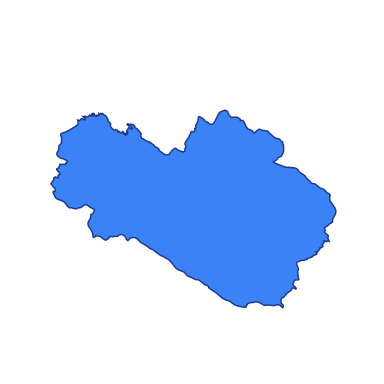 Soppeng, Sulawesi Selatan, Indonesia, rotated 304°
{"feature_id": "22746128B93867843889604", "entity_name": "Soppeng", "entity_type": "district", "adm_level": 2, "iso_a3": "IDN", "parent_name": "Indonesia", "parent_adm1": "Sulawesi Selatan", "projection": "equal_earth", "projection_center": [119.925, -4.319], "detail": "fine", "context": "isolated", "style": "filled", "palette": "blue", "viewbox_px": 384, "rotation_deg": 304, "n_neighbors": 0, "source": "geoboundaries", "source_scale": "gbopen_adm2", "svg_char_len": 6034}
<svg xmlns="http://www.w3.org/2000/svg" viewBox="0 0 384 384"><g transform="rotate(304 192 192)"><path d="M146.8,331.8L147.8,331.8L148.9,331.1L149.3,330.3L149.5,328.8L149.9,327.8L152.7,325.9L154.0,325.8L156.8,327.0L161.1,327.3L165.3,329.0L168.3,329.0L169.2,329.7L169.5,332.1L170.0,332.5L170.6,331.8L171.6,327.5L172.0,327.1L175.3,326.5L176.4,326.6L177.0,327.0L178.5,329.2L179.4,329.4L181.3,327.2L185.3,324.0L187.6,323.4L188.5,322.4L190.6,319.1L191.2,318.6L192.1,318.4L193.2,318.7L196.5,320.9L197.6,322.6L200.2,324.9L200.5,325.1L201.4,324.6L201.6,324.7L205.0,327.9L206.2,327.5L206.8,328.3L207.6,328.2L208.3,329.1L209.9,330.0L211.0,329.8L211.6,328.3L212.4,329.5L216.0,329.9L216.9,329.2L217.4,329.5L217.7,330.1L218.3,330.0L218.7,330.6L220.1,331.0L220.5,330.6L221.1,329.2L222.0,329.6L223.8,329.7L225.1,328.7L225.5,328.8L225.7,329.2L226.0,331.1L226.6,331.7L227.6,332.0L227.8,333.2L229.8,330.3L231.9,329.5L232.2,328.5L232.5,325.4L232.8,324.6L233.0,324.1L234.8,323.9L236.2,321.7L237.1,321.8L239.0,323.1L242.2,323.8L245.7,325.3L248.3,323.7L254.3,323.2L257.0,321.7L257.8,320.8L259.0,318.6L262.0,311.0L264.8,309.0L266.7,308.3L267.3,306.6L266.8,304.1L267.4,302.8L267.9,299.8L266.9,295.6L267.5,289.4L266.5,287.5L266.2,285.6L266.7,284.0L267.6,278.3L268.4,277.2L268.7,275.9L268.5,269.9L268.8,268.9L269.7,267.3L269.8,265.4L269.2,263.3L266.7,258.6L265.6,257.2L264.4,254.0L262.5,245.5L262.4,242.6L263.6,243.0L264.9,243.9L266.9,244.3L268.4,244.1L271.4,245.9L274.6,245.8L277.1,245.1L281.8,241.8L282.6,241.0L282.7,240.0L284.1,239.2L284.1,236.9L284.8,235.0L283.3,230.6L283.5,227.7L283.9,225.9L283.9,223.6L284.7,221.2L284.6,219.9L283.8,218.9L283.4,217.3L282.4,216.0L282.0,213.5L281.4,212.4L280.4,211.9L276.0,210.8L275.6,209.7L275.7,209.1L276.4,207.9L276.4,206.8L275.6,203.7L275.6,202.8L276.4,200.5L279.3,195.9L279.7,194.5L279.6,193.9L278.3,192.1L279.3,191.4L279.3,188.0L278.3,186.1L275.8,182.8L276.9,178.7L278.6,176.6L278.4,173.7L273.9,170.5L270.0,170.5L263.8,171.5L260.0,171.3L259.5,171.0L258.5,169.7L258.1,168.5L258.6,166.5L258.0,163.8L259.0,159.9L258.8,156.9L258.4,155.7L258.0,155.4L256.8,155.7L255.3,156.8L253.2,157.4L250.3,157.9L249.4,157.7L247.8,159.1L246.9,159.3L246.5,158.8L246.1,158.8L245.7,159.5L244.2,160.0L243.0,160.0L241.8,157.6L241.4,157.5L239.6,158.2L237.6,158.2L235.9,158.8L232.9,158.6L228.5,158.9L227.9,159.2L227.3,160.4L226.3,161.3L225.3,161.8L224.1,161.9L221.7,163.2L220.3,162.3L219.2,159.1L219.1,157.3L218.7,156.3L219.2,154.4L218.9,153.5L215.9,152.3L209.6,151.8L208.1,149.1L207.8,147.4L207.9,143.3L208.3,141.0L208.9,140.7L209.2,139.9L209.1,137.0L208.8,136.5L209.6,133.9L209.6,130.2L209.4,129.7L209.7,129.0L208.8,125.3L208.7,121.9L208.4,120.1L210.1,117.8L211.6,117.4L212.0,117.0L213.6,111.6L213.6,109.7L213.4,108.9L214.5,107.7L214.9,105.6L214.5,104.2L213.0,102.4L212.8,101.4L212.0,101.2L212.7,101.1L212.7,100.6L212.3,100.5L211.5,100.6L211.6,102.1L212.0,102.4L212.0,102.8L211.5,103.3L212.0,103.5L212.7,103.1L212.6,104.3L211.9,105.1L211.7,106.4L211.1,107.0L210.1,106.6L210.3,105.1L209.8,103.4L207.7,103.9L206.2,103.6L205.2,105.5L204.8,105.2L205.1,104.9L205.0,104.4L204.5,104.5L204.3,105.9L204.0,106.1L203.5,105.1L202.9,105.6L202.4,105.3L202.9,105.0L202.9,104.5L203.3,104.3L202.8,103.9L202.7,104.3L202.1,104.4L201.9,103.4L202.5,102.2L202.8,102.4L203.4,102.1L203.4,100.8L203.1,100.6L202.7,101.0L202.0,100.9L201.2,99.9L201.0,99.3L201.4,98.6L201.4,97.8L200.4,97.5L200.1,97.0L200.9,96.7L201.5,95.8L201.5,95.2L201.2,94.8L201.1,93.8L200.3,93.8L199.7,92.4L200.2,89.3L200.9,87.6L201.5,86.9L202.6,86.7L202.7,86.3L203.2,86.1L204.1,82.4L204.9,81.7L205.3,81.7L205.5,80.5L206.2,79.8L206.8,78.4L207.0,77.1L206.6,76.5L207.1,74.0L206.9,73.8L206.5,74.1L206.0,73.7L206.2,72.7L206.0,72.2L205.1,72.0L205.1,71.1L204.8,71.4L204.0,71.3L203.8,72.0L203.3,72.0L203.2,71.3L202.6,71.2L202.5,70.3L201.4,70.7L201.4,69.7L201.0,68.8L202.1,67.3L201.8,66.8L202.1,66.6L202.0,66.1L201.8,66.0L201.3,66.4L201.3,65.6L200.3,65.2L200.1,65.6L200.4,67.3L200.0,67.5L198.9,66.1L198.8,65.4L198.5,65.4L198.4,64.0L197.2,64.1L196.0,63.6L195.9,62.9L195.1,62.2L195.2,61.6L194.9,60.8L194.4,60.8L193.6,59.4L193.4,60.5L193.8,61.7L193.4,61.8L192.8,62.8L191.9,62.9L191.8,61.7L191.1,61.2L191.5,60.5L191.2,59.6L190.7,59.2L188.4,58.8L188.1,58.4L187.7,56.9L185.1,59.6L181.9,59.0L174.7,55.7L170.7,53.4L167.2,50.8L165.8,51.3L163.9,53.8L159.1,56.5L156.1,55.8L153.8,57.2L151.4,58.0L148.7,58.2L147.2,59.4L146.7,60.7L146.6,63.9L146.8,65.1L147.6,66.5L147.6,68.2L148.2,70.4L148.0,70.9L146.6,72.1L145.8,71.3L144.1,71.6L141.1,67.1L139.9,67.7L138.8,67.6L137.9,68.2L135.5,66.9L134.7,67.6L133.7,71.7L132.9,72.8L131.5,71.7L131.0,71.7L129.1,73.1L128.1,70.5L127.1,69.6L126.3,69.7L125.0,70.5L119.8,70.5L119.7,71.9L118.6,74.1L118.6,75.6L117.7,77.1L116.9,77.8L115.9,78.1L115.3,77.9L115.1,76.7L114.7,76.6L113.5,77.7L110.9,82.2L110.9,84.6L112.0,88.9L112.3,91.7L110.7,96.7L110.4,99.2L111.7,101.1L112.2,103.2L113.3,105.5L114.8,106.2L117.3,108.8L120.4,109.7L122.4,111.2L122.6,112.1L122.3,116.1L123.1,120.2L122.2,121.4L121.4,121.7L119.6,121.9L116.3,120.9L113.9,122.4L109.0,122.8L107.7,123.4L105.9,125.1L104.2,129.4L102.4,132.5L99.2,135.5L100.2,136.4L101.7,136.9L103.1,138.7L103.8,141.2L103.5,146.1L103.7,147.1L104.2,147.6L106.7,148.8L108.4,148.8L109.8,149.6L110.2,150.2L110.5,151.3L111.9,152.4L113.3,154.7L114.3,155.4L115.4,155.5L117.4,157.1L117.7,157.9L117.9,161.0L116.0,164.3L115.8,165.5L115.9,166.1L118.8,166.5L119.9,167.1L121.2,168.3L122.3,170.2L122.5,173.2L121.7,176.5L121.6,178.0L122.0,185.1L121.7,189.2L122.4,191.9L121.9,197.1L121.9,200.4L122.1,202.9L122.6,204.6L122.5,208.0L122.9,209.1L122.9,210.6L121.9,214.8L119.9,221.2L119.8,223.9L121.2,230.4L120.3,233.6L120.0,235.7L120.7,238.7L121.4,243.8L122.8,246.6L122.9,247.4L122.3,254.6L122.8,255.8L123.1,257.5L122.7,259.1L121.9,259.3L121.9,269.1L121.0,276.0L121.1,278.8L122.5,284.4L122.4,290.7L123.3,294.3L124.4,297.0L125.8,299.8L127.0,301.2L128.4,300.7L130.6,300.7L133.2,302.5L134.3,304.2L136.2,305.8L137.0,306.9L138.0,309.6L138.4,315.2L141.8,319.6L143.2,322.9L146.1,325.6L147.1,327.1L147.2,327.7L146.8,331.8Z" fill="#3b82f6" stroke="#1e3a8a" stroke-width="1.5"/></g></svg>